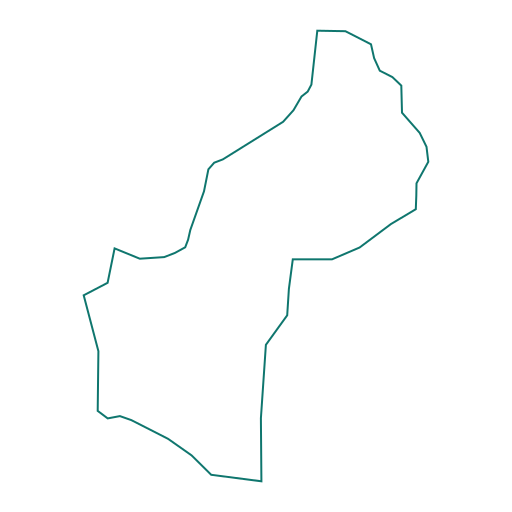 Kaberamaido, orthographic projection
{"feature_id": "UGA-3066", "entity_name": "Kaberamaido", "entity_type": "District", "adm_level": 1, "iso_a3": "UGA", "parent_name": "Uganda", "parent_adm1": "", "projection": "orthographic", "projection_center": [33.211, 1.704], "detail": "fine", "context": "isolated", "style": "outline", "palette": "teal", "viewbox_px": 512, "rotation_deg": 0, "n_neighbors": 0, "source": "natural_earth", "source_scale": "10m", "svg_char_len": 714}
<svg xmlns="http://www.w3.org/2000/svg" viewBox="0 0 512 512"><path d="M107.7,418.4L97.7,410.9L98.4,351.2L83.7,295.3L107.6,282.8L114.6,248.4L139.8,258.7L164.2,257.1L175.0,252.9L185.2,247.3L188.1,239.7L190.3,230.0L204.0,191.3L208.4,169.3L214.2,162.7L222.8,159.4L283.1,121.8L293.5,110.2L301.5,96.5L307.7,91.6L311.4,84.6L317.3,30.7L345.4,31.2L371.0,44.3L374.1,58.1L379.8,70.7L392.4,77.1L401.3,85.6L402.0,112.7L419.7,132.9L426.5,146.8L428.3,161.8L416.5,183.3L416.3,195.9L415.8,209.2L391.0,224.0L359.6,247.5L332.1,259.3L292.8,259.3L288.9,288.8L287.2,315.3L265.9,344.8L260.9,418.2L261.4,481.3L211.2,474.8L191.6,455.4L168.0,438.8L131.3,420.1L119.9,416.1L107.7,418.4Z" fill="none" stroke="#0f766e" stroke-width="2"/></svg>